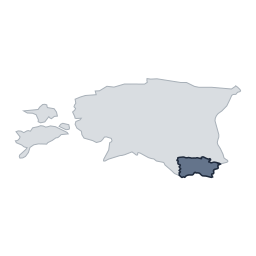 Võru highlighted on a map of Estonia
{"feature_id": "EST-2351", "entity_name": "Võru", "entity_type": "County", "adm_level": 1, "iso_a3": "EST", "parent_name": "Estonia", "parent_adm1": "", "projection": "robinson", "projection_center": [26.896, 57.737], "detail": "fine", "context": "in_parent", "style": "filled", "palette": "slate", "viewbox_px": 256, "rotation_deg": 0, "n_neighbors": 0, "source": "natural_earth", "source_scale": "10m", "svg_char_len": 4312}
<svg xmlns="http://www.w3.org/2000/svg" viewBox="0 0 256 256"><path d="M212.5,176.9L211.6,177.0L206.6,176.4L201.0,174.5L198.6,173.1L196.2,173.1L193.3,174.0L183.0,176.7L180.4,176.1L174.5,173.5L171.5,170.6L164.9,164.9L164.4,163.5L163.5,162.4L156.4,161.0L153.8,158.9L151.6,158.6L148.4,157.6L140.2,153.1L138.1,152.6L137.6,153.4L137.7,154.5L137.2,155.1L136.2,155.0L134.2,153.4L132.0,151.9L124.7,154.7L122.1,155.4L119.9,155.6L108.4,159.2L104.9,161.1L103.5,160.9L103.8,159.1L108.7,150.0L109.7,142.7L111.5,141.7L112.0,140.7L111.3,138.4L106.4,136.9L104.4,137.1L102.6,139.6L100.7,141.4L96.4,142.5L92.7,140.6L84.0,138.1L81.9,134.7L81.4,131.3L76.9,128.1L75.1,124.2L75.9,121.5L80.1,119.8L81.3,118.2L76.1,118.5L75.0,118.1L74.8,116.7L72.6,112.0L74.7,110.2L75.6,108.4L74.0,106.8L74.5,105.1L75.8,103.3L75.1,99.2L80.4,97.0L85.4,95.5L96.2,94.7L95.2,91.0L99.5,90.8L106.9,86.3L114.0,87.1L124.5,84.0L144.6,84.1L147.3,82.3L146.9,80.5L147.0,78.6L150.7,79.1L157.0,78.8L180.7,82.5L186.5,82.5L194.5,86.4L198.9,87.3L211.7,87.3L231.5,89.0L235.3,86.4L235.7,85.8L237.6,87.2L240.0,89.5L240.6,90.9L239.8,91.7L237.5,92.3L236.9,93.1L235.9,94.3L233.1,94.5L231.7,95.4L230.0,99.3L226.8,105.9L221.9,110.9L218.1,113.6L216.4,115.7L215.3,118.2L215.0,120.8L218.8,134.6L218.8,137.1L217.9,139.7L217.3,142.3L217.8,144.6L220.3,148.5L223.0,154.2L224.0,157.9L225.8,159.3L227.5,160.3L227.8,160.9L227.8,161.6L226.9,162.3L219.3,164.2L218.4,165.9L217.6,167.7L214.3,170.4L213.2,172.9L212.6,175.8L212.5,176.9ZM43.1,126.0L45.7,127.1L48.0,126.7L50.4,125.9L55.5,126.7L67.1,132.4L68.2,133.9L61.1,134.6L59.5,136.3L57.8,137.6L55.8,137.9L52.3,140.4L47.7,142.7L46.7,144.1L38.4,143.9L33.8,144.8L30.0,147.4L28.4,152.5L25.5,156.4L22.7,157.9L19.9,158.1L19.3,156.6L19.6,155.1L25.8,149.5L27.1,147.7L24.1,146.9L21.7,145.0L16.3,142.7L15.4,140.8L16.7,140.7L17.9,140.2L19.4,138.6L20.1,136.9L16.0,131.7L18.2,130.9L21.0,131.1L23.8,132.6L26.9,130.9L28.3,130.6L30.4,131.2L32.7,127.8L38.0,126.7L40.6,125.7L43.1,126.0ZM54.4,116.4L51.4,118.7L49.7,117.8L48.8,116.7L44.8,121.9L40.6,122.8L38.1,121.7L38.4,119.8L36.1,114.7L32.5,113.2L27.3,113.0L23.6,110.9L38.1,109.5L39.7,107.1L42.7,104.5L44.9,104.3L46.8,104.9L47.1,106.8L47.5,107.6L54.1,108.7L56.5,112.1L57.4,116.1L54.4,116.4ZM69.0,129.3L66.0,129.7L59.1,126.4L60.8,124.2L62.8,123.3L68.8,124.7L69.5,128.1L69.0,129.3Z" fill="#d9dde1" stroke="#a8b0b8" stroke-width="1"/><path d="M181.8,177.4L181.1,176.9L179.9,175.7L179.3,175.3L179.2,174.6L179.4,173.6L179.3,173.4L179.1,173.1L179.1,172.9L179.3,172.7L180.0,172.4L180.3,172.1L180.4,171.8L180.4,171.6L179.6,171.0L179.2,170.6L179.1,170.4L179.8,169.6L180.5,169.2L180.7,168.8L180.6,168.5L180.2,168.2L179.8,167.9L179.5,167.6L179.4,167.2L179.2,166.8L179.2,166.5L179.5,166.3L179.8,166.2L180.1,165.9L180.3,165.3L180.2,164.9L179.9,164.6L178.9,164.4L178.0,163.8L177.9,162.3L177.9,162.1L178.3,161.2L178.0,160.7L177.0,160.5L177.0,160.1L177.2,159.8L177.6,159.3L177.8,158.7L177.8,158.3L177.8,157.9L178.0,157.7L179.2,157.4L183.3,157.0L184.7,157.3L185.0,157.5L185.6,157.7L186.7,157.8L187.6,157.7L188.4,157.5L190.3,157.8L191.4,158.1L194.6,158.0L195.4,158.1L196.2,157.9L197.2,157.7L201.2,158.7L201.5,158.5L201.3,157.4L201.9,157.1L202.5,156.9L202.9,156.9L203.2,156.9L203.8,157.1L206.1,158.3L208.1,159.0L208.7,159.1L209.1,159.1L209.3,159.0L209.4,158.8L209.7,158.7L209.9,158.7L210.5,159.2L210.6,159.9L209.4,160.7L209.0,161.1L208.8,161.7L208.9,162.0L209.2,162.0L209.5,162.0L209.8,162.0L210.0,162.1L210.6,162.7L211.4,162.8L212.8,162.4L214.0,162.1L216.0,162.4L219.5,163.4L219.8,163.6L219.2,163.7L218.7,163.9L219.0,164.0L219.8,164.4L218.8,164.8L218.3,165.1L217.9,165.5L217.8,166.3L218.2,167.6L218.1,168.2L217.5,168.6L214.5,169.4L213.9,169.8L213.7,170.1L213.5,170.4L213.4,170.9L213.5,171.1L213.5,171.3L213.6,171.9L213.7,172.1L213.8,172.2L213.7,173.2L213.6,173.4L213.4,173.6L212.9,173.8L212.4,173.8L212.0,173.9L211.7,174.3L211.7,174.9L211.9,175.7L212.3,176.4L212.6,176.9L211.4,177.4L205.8,176.0L202.9,175.9L202.1,175.6L201.3,175.0L200.0,173.6L199.2,173.1L197.9,172.8L197.3,172.8L196.6,172.9L196.1,172.8L195.7,172.5L195.2,172.3L194.6,172.5L194.0,173.1L193.6,173.7L193.2,174.4L192.5,174.9L191.8,175.0L189.0,174.9L187.8,175.2L186.6,175.6L185.6,176.3L185.3,176.6L185.2,176.9L185.0,177.2L184.7,177.3L184.3,177.3L183.7,176.9L183.3,176.9L182.8,177.1L182.3,177.4L181.8,177.4Z" fill="#64748b" stroke="#1e293b" stroke-width="1.5"/></svg>